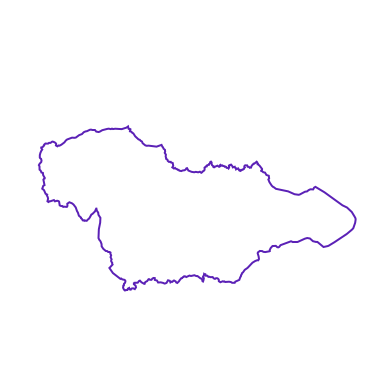 the district of Puerto Inca, Huánuco, Peru, rotated 62°
{"feature_id": "86281439B96842651539960", "entity_name": "Puerto Inca", "entity_type": "district", "adm_level": 2, "iso_a3": "PER", "parent_name": "Peru", "parent_adm1": "Huánuco", "projection": "albers", "projection_center": [-75.158, -9.27], "detail": "fine", "context": "isolated", "style": "outline", "palette": "violet", "viewbox_px": 384, "rotation_deg": 62, "n_neighbors": 0, "source": "geoboundaries", "source_scale": "gbopen_adm2", "svg_char_len": 6085}
<svg xmlns="http://www.w3.org/2000/svg" viewBox="0 0 384 384"><g transform="rotate(62 192 192)"><path d="M226.0,117.6L225.6,118.0L223.9,118.6L219.8,119.0L216.8,118.7L216.2,117.5L213.7,116.6L211.9,118.3L209.2,118.4L208.0,119.8L206.6,120.3L206.0,121.0L205.6,120.9L205.2,119.7L204.5,119.3L200.4,120.0L198.9,120.6L198.2,120.5L198.1,121.0L196.3,120.5L195.6,120.7L196.1,123.0L195.9,124.2L196.3,124.5L196.2,125.5L197.3,127.7L198.1,128.3L197.9,128.6L197.8,129.6L196.5,130.0L195.9,130.9L194.4,130.8L193.4,132.6L193.8,133.7L194.8,134.2L195.2,134.0L195.4,134.7L196.0,135.3L195.8,136.0L196.2,136.8L195.8,137.5L196.0,138.1L195.6,138.5L196.1,139.1L196.1,139.5L195.0,140.2L194.2,139.9L193.4,140.5L192.9,140.4L193.0,140.9L192.4,141.5L192.6,142.4L191.4,142.1L190.7,142.6L189.8,142.4L189.4,144.4L188.5,144.2L186.3,144.6L186.3,145.5L186.0,145.5L185.9,146.3L186.0,147.0L187.8,147.7L188.4,148.7L187.6,148.9L186.9,150.1L185.9,150.1L185.2,150.6L185.1,151.2L184.2,151.5L183.5,152.5L182.9,152.6L182.5,153.0L182.5,154.1L181.4,154.2L181.5,154.8L182.3,155.2L182.6,155.9L182.3,156.4L180.7,157.2L180.5,159.6L180.1,160.3L180.6,160.7L180.4,161.1L179.8,161.4L179.2,161.1L177.7,161.7L176.1,161.4L175.1,160.8L174.1,161.0L174.2,162.0L175.2,162.7L175.3,163.9L175.9,164.2L175.5,166.1L175.8,167.1L176.3,167.1L176.1,168.4L176.4,168.9L176.4,169.5L177.9,170.2L178.6,170.9L178.9,172.0L178.8,173.0L179.3,173.6L179.4,174.8L177.8,175.5L177.5,177.3L176.0,179.2L175.6,180.8L174.0,182.9L171.4,185.1L168.6,185.2L168.5,185.9L169.2,187.1L169.3,188.3L168.6,190.2L168.5,191.6L167.2,193.2L166.1,193.4L165.6,194.3L164.9,194.4L163.5,195.6L162.8,195.7L162.8,196.9L161.0,197.8L160.1,196.3L157.4,195.4L156.2,196.5L155.5,196.6L155.5,197.1L154.8,197.5L154.6,198.2L153.1,198.8L151.9,198.5L150.5,199.3L149.6,198.8L148.5,198.7L146.7,197.5L144.6,197.7L143.8,196.8L142.1,196.1L140.4,196.8L139.0,196.6L138.2,196.9L136.1,196.8L135.3,202.0L130.8,208.4L129.8,210.5L128.8,211.4L125.7,212.7L124.2,212.5L123.5,212.7L122.8,213.3L121.4,213.6L120.5,214.5L116.2,216.0L112.6,216.3L111.9,216.9L110.4,217.2L109.3,218.3L107.7,216.9L107.2,217.2L107.2,217.9L106.4,218.3L104.1,217.7L104.4,219.6L103.5,224.5L100.1,230.1L99.3,232.3L98.5,232.9L98.4,234.1L97.0,235.8L96.5,237.2L95.3,242.2L95.4,245.1L95.2,246.3L93.7,248.2L91.7,248.6L90.6,250.7L89.5,251.9L89.1,253.0L89.0,256.1L88.5,257.7L88.4,259.5L89.2,262.0L88.8,264.9L89.4,269.0L89.0,270.3L87.7,272.4L87.0,277.6L87.3,279.2L88.3,281.4L88.9,285.1L88.9,287.2L88.3,287.9L88.5,289.4L87.0,290.3L86.0,289.4L85.0,289.4L83.6,290.0L82.1,291.3L81.9,292.1L82.2,293.8L81.5,295.2L81.7,296.4L80.4,298.7L80.8,300.3L81.4,300.6L81.4,301.2L81.9,301.6L82.2,303.0L81.9,304.2L82.4,304.5L84.2,304.3L84.9,305.7L86.2,307.4L87.9,309.0L90.1,310.2L90.9,310.2L91.9,309.7L93.6,310.1L94.8,311.1L95.5,313.2L96.4,314.6L97.7,314.6L100.7,316.1L102.1,315.6L104.1,315.8L105.1,314.7L107.3,315.5L110.5,315.4L110.9,315.8L110.8,316.4L111.3,317.4L116.7,319.0L116.7,320.4L118.8,322.7L120.9,321.8L124.8,322.1L126.0,321.3L126.1,321.7L128.9,321.8L130.3,322.2L132.4,324.0L133.5,323.4L133.3,322.1L133.7,321.4L134.3,317.7L135.9,317.4L136.4,315.2L137.4,314.1L138.2,313.9L141.7,315.1L143.0,314.1L143.6,313.0L144.7,312.7L144.8,312.0L146.4,309.5L145.8,308.5L143.8,307.6L143.5,305.1L145.6,303.3L147.4,302.5L151.1,301.9L154.9,302.5L156.6,302.4L159.8,303.0L162.5,302.0L163.1,302.3L164.2,301.8L165.7,301.8L166.0,301.1L166.8,300.7L166.6,300.1L167.7,299.1L168.0,298.4L167.4,296.9L167.3,295.9L166.7,294.5L164.7,291.5L164.6,290.1L163.6,286.8L161.7,284.4L161.8,284.2L163.8,284.8L166.1,284.5L168.2,285.3L171.8,285.0L176.0,287.5L181.1,291.7L188.8,296.2L190.8,296.3L191.9,296.0L193.3,296.0L195.5,296.3L197.6,297.3L200.6,297.0L203.6,295.8L204.4,294.6L205.6,294.2L206.3,292.9L207.2,292.4L208.2,293.1L209.9,293.1L211.3,294.5L213.7,294.6L214.3,295.4L215.3,295.9L217.1,295.7L217.9,296.2L218.8,296.2L220.3,300.6L226.4,299.9L235.1,296.0L235.1,295.2L236.4,294.6L237.9,292.8L238.9,292.5L239.9,292.9L240.8,293.9L241.1,295.1L242.5,296.0L242.4,296.6L244.2,297.8L246.2,297.9L247.5,297.4L247.4,296.7L248.2,295.1L247.4,294.2L247.6,293.6L247.2,293.4L247.2,292.6L248.3,292.9L249.0,292.5L248.9,292.2L249.4,291.8L248.9,290.9L249.0,290.2L249.6,289.0L250.9,288.1L249.9,286.2L248.3,285.8L246.1,286.6L245.4,286.2L245.6,285.6L245.2,285.3L246.6,282.5L245.7,280.5L245.8,279.6L248.0,279.0L250.7,277.3L250.8,276.8L249.9,276.2L249.6,275.2L249.6,273.4L248.6,271.3L248.8,270.8L249.7,270.4L250.5,269.0L249.9,267.7L249.8,266.4L250.5,265.3L252.2,266.1L253.7,264.5L256.0,264.4L257.1,262.0L258.8,260.1L259.9,259.3L260.1,258.9L260.3,257.2L258.7,254.6L260.0,253.3L261.7,253.5L261.6,252.1L262.1,251.5L261.6,249.9L261.7,249.4L263.3,248.4L264.5,248.4L265.4,247.7L264.7,245.3L264.2,244.6L263.1,241.9L263.4,241.1L262.9,240.1L263.1,239.3L262.7,238.5L263.3,237.6L264.4,237.0L264.6,233.5L265.7,232.3L266.6,229.0L268.2,227.7L268.8,226.6L272.2,225.1L272.8,224.5L273.7,224.1L275.7,224.6L276.2,224.3L275.6,223.6L273.8,222.1L273.0,222.0L272.3,222.3L271.7,221.8L271.6,221.0L270.1,219.8L270.6,219.6L270.9,218.8L272.5,219.0L273.2,217.7L274.6,217.4L275.1,216.3L275.8,215.8L276.8,213.7L278.4,213.4L279.5,212.5L279.4,211.2L280.1,210.1L281.1,209.6L282.2,209.6L283.4,210.2L285.0,209.3L285.3,206.7L286.2,205.9L286.1,205.5L287.1,204.8L288.6,201.4L289.8,199.9L291.0,199.2L292.2,196.9L291.5,195.9L291.8,191.5L289.9,189.4L289.4,188.4L288.5,187.8L288.0,186.7L287.2,186.1L286.9,184.7L285.5,182.0L285.1,178.6L282.8,171.8L282.6,168.5L282.9,166.3L283.4,165.6L282.6,164.3L280.1,163.4L277.0,162.8L276.3,162.2L275.9,159.8L277.1,157.8L278.3,157.1L279.4,155.6L280.7,151.5L280.7,151.0L279.7,150.6L278.4,148.8L277.5,146.3L278.9,143.3L280.8,142.6L281.4,141.8L281.4,140.7L280.5,138.8L282.0,127.7L283.5,126.5L285.7,122.2L286.2,114.3L286.7,111.9L288.4,109.7L292.2,108.3L294.2,106.1L295.0,104.7L302.3,101.7L303.4,97.8L303.6,96.8L303.2,89.7L301.7,74.9L300.3,68.3L299.7,66.6L295.8,62.4L293.2,60.5L292.0,60.0L290.0,60.0L284.7,60.3L278.5,62.4L274.4,65.4L254.4,75.2L245.4,80.6L245.5,82.2L246.6,83.8L245.2,86.2L245.1,88.2L245.5,90.1L244.8,92.1L244.8,98.1L244.5,99.2L242.1,102.5L236.6,106.8L228.6,116.4L226.0,117.6Z" fill="none" stroke="#5b21b6" stroke-width="2"/></g></svg>